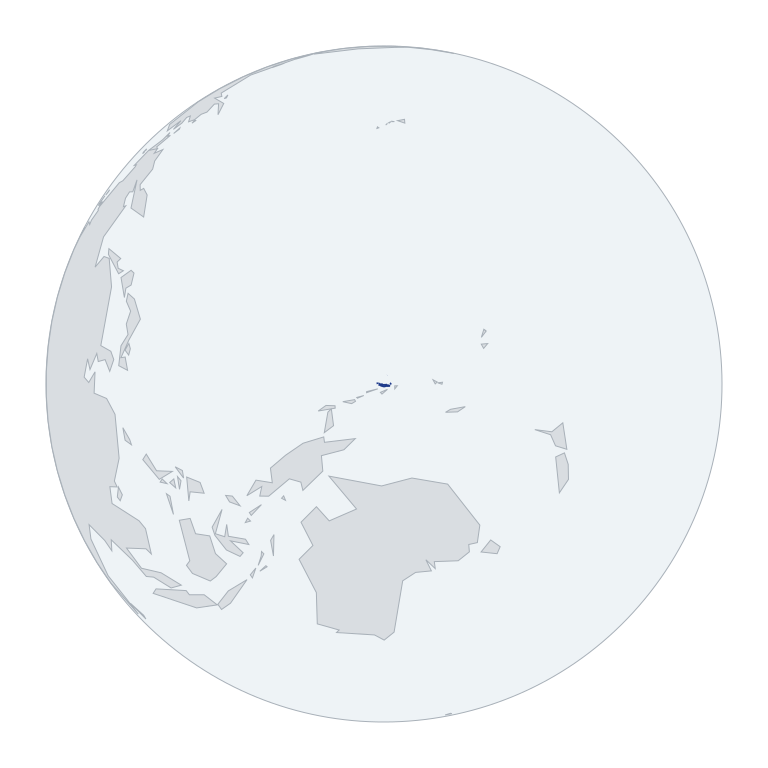 Malaita on an orthographic globe, rotated 308°
{"feature_id": "SLB-1260", "entity_name": "Malaita", "entity_type": "Province", "adm_level": 1, "iso_a3": "SLB", "parent_name": "Solomon Islands", "parent_adm1": "", "projection": "orthographic", "projection_center": [161.217, -8.863], "detail": "medium", "context": "on_globe", "style": "filled", "palette": "blue", "viewbox_px": 768, "rotation_deg": 308, "n_neighbors": 0, "source": "natural_earth", "source_scale": "10m", "svg_char_len": 7466}
<svg xmlns="http://www.w3.org/2000/svg" viewBox="0 0 768 768"><g transform="rotate(308 384 384)"><circle cx="384" cy="384" r="338" fill="#eef3f6" stroke="#a8b0b8"/><path d="M488.6,429.0L488.8,431.6L488.3,431.9L488.6,429.0ZM671.5,206.4L669.6,203.4L672.9,208.7L687.6,235.7L681.3,223.6L679.5,220.1L664.1,195.5L656.2,185.6L632.2,157.3L600.7,125.6L607.4,131.0L599.1,123.7L590.1,117.1L586.2,114.6L545.3,88.7L513.0,76.6L510.8,79.2L505.0,74.5L506.4,85.0L494.0,87.4L503.0,81.1L500.1,78.0L489.3,77.1L484.0,73.9L475.7,72.0L470.3,68.6L476.0,66.4L472.6,64.4L465.1,64.1L455.0,61.3L466.5,61.9L450.1,57.4L456.6,55.3L491.7,63.8L491.3,63.6L515.7,72.8L539.3,83.9L561.9,96.7L583.5,111.3L604.0,127.5L623.1,145.2L640.8,164.3L656.9,184.8L671.5,206.4ZM602.4,239.8L599.9,232.6L605.2,237.2L602.4,239.8ZM595.8,228.3L597.2,230.7L595.5,228.6L595.8,228.3ZM592.9,226.8L595.0,227.9L592.7,227.4L592.9,226.8ZM589.1,225.9L591.1,226.1L590.9,226.3L589.1,225.9ZM582.7,222.2L581.0,221.1L582.6,220.5L582.7,222.2ZM585.4,114.3L590.5,117.4L600.5,125.1L596.9,122.7L585.4,114.3ZM565.4,101.7L566.4,101.6L575.6,108.1L572.2,106.1L565.4,101.7ZM510.5,82.4L515.7,83.0L512.5,83.7L510.5,82.4ZM475.5,72.4L475.7,73.5L471.3,72.1L475.5,72.4ZM459.0,65.9L451.9,64.0L460.1,65.5L459.0,65.9ZM448.4,62.6L431.0,58.9L430.0,60.6L423.1,54.7L440.1,59.2L450.4,60.5L446.1,60.9L448.4,62.6ZM422.0,52.5L418.6,51.7L423.2,52.2L422.0,52.5ZM323.5,51.5L311.6,54.0L330.2,51.6L328.5,53.9L333.0,52.6L344.9,52.0L345.6,51.1L348.7,50.6L379.7,51.5L383.4,53.1L401.9,54.2L404.2,53.9L402.5,52.6L423.1,54.7L430.0,60.6L424.4,60.9L432.6,65.4L418.6,66.0L410.9,69.4L390.9,69.1L386.5,72.7L390.2,74.2L387.1,81.0L367.6,91.8L366.9,76.3L392.8,63.7L380.8,67.7L378.7,65.2L371.3,65.9L363.3,69.5L365.4,70.8L327.3,72.4L298.2,84.4L312.1,84.9L313.8,90.1L292.8,109.5L239.9,137.2L241.6,148.6L236.9,156.0L225.1,160.1L231.5,149.2L225.8,145.0L231.2,138.9L214.4,143.4L221.4,134.9L204.8,143.5L203.4,150.4L215.7,148.8L198.3,161.2L201.8,174.3L194.5,190.7L162.4,221.0L141.5,231.3L138.6,237.1L134.3,231.2L122.4,243.3L125.4,275.2L123.2,285.1L106.8,305.3L107.6,297.9L96.2,282.1L89.5,306.3L98.0,324.6L100.7,348.1L92.2,341.8L90.0,321.4L86.0,315.2L90.3,294.2L93.3,265.0L85.0,272.2L88.8,260.2L91.6,238.2L81.4,248.5L63.1,284.6L55.4,316.3L51.4,332.1L58.9,291.8L66.6,267.9L76.1,244.7L87.3,222.2L100.1,200.7L114.5,180.1L130.4,160.6L147.7,142.4L166.3,125.6L186.1,110.1L207.0,96.2L228.8,83.8L251.5,73.1L275.0,64.1L299.0,56.9L323.5,51.5ZM160.8,635.9L165.5,639.2L166.0,640.4L160.8,635.9ZM160.0,401.4L168.1,402.8L168.0,404.4L160.0,401.4ZM151.3,396.1L160.1,396.3L150.2,399.7L151.3,396.1ZM163.6,396.5L172.7,393.2L176.6,390.6L176.2,393.9L163.6,396.5ZM145.5,396.5L116.8,398.0L106.3,394.8L108.1,388.7L125.1,388.7L145.5,396.5ZM107.3,388.6L92.2,374.2L76.9,331.0L82.2,330.5L99.4,355.3L98.1,360.4L107.2,372.1L107.3,388.6ZM146.6,355.6L145.4,370.7L128.9,370.3L121.8,368.4L116.8,349.7L119.5,340.0L125.1,339.8L150.6,306.6L158.7,314.0L150.0,327.7L157.0,340.2L146.6,355.6ZM55.1,319.1L53.8,337.0L52.2,341.1L55.1,319.1ZM163.8,284.5L151.6,298.4L163.6,280.1L163.8,284.5ZM172.6,267.7L171.9,274.4L168.9,268.0L172.6,267.7ZM135.6,246.0L129.6,248.0L130.8,243.4L139.3,238.2L135.6,246.0ZM188.8,205.1L183.6,217.9L180.6,222.4L180.3,214.6L188.8,205.1ZM432.2,564.2L440.8,568.6L434.1,578.6L422.4,588.1L406.2,589.2L432.2,564.2ZM319.9,577.6L311.4,563.9L326.8,564.1L327.3,575.7L319.9,577.6ZM440.9,557.2L446.6,546.5L440.9,530.9L449.7,545.7L463.5,548.8L445.1,568.3L440.9,557.2ZM240.4,519.9L194.7,544.7L182.3,541.8L180.4,531.0L158.9,499.6L162.5,500.1L153.9,479.1L178.0,459.1L193.6,425.0L213.0,427.4L224.0,403.7L245.7,406.3L242.4,425.1L268.6,439.3L277.5,397.3L302.2,444.9L327.1,463.9L344.3,495.8L331.8,546.4L316.5,555.2L309.7,549.6L304.3,554.6L290.4,551.3L275.0,533.0L270.1,538.0L271.3,525.2L265.9,536.4L255.0,524.9L240.4,519.9ZM399.6,449.9L405.0,452.0L416.2,462.0L407.3,459.1L399.6,449.9ZM475.3,436.1L479.7,440.8L473.4,440.6L475.3,436.1ZM488.3,431.9L480.7,432.0L488.6,429.0L488.3,431.9ZM418.0,425.6L421.4,429.0L419.5,429.8L418.0,425.6ZM415.6,424.3L417.5,420.0L418.3,424.7L415.6,424.3ZM386.8,395.5L389.2,393.6L390.8,395.6L386.8,395.5ZM180.4,402.8L191.0,390.9L197.6,390.0L180.4,402.8ZM381.9,390.0L374.8,388.6L375.2,386.3L381.9,390.0ZM381.5,384.3L380.3,380.8L385.8,389.4L381.5,384.3ZM367.3,375.0L376.4,382.1L366.4,375.6L367.3,375.0ZM362.5,375.2L356.4,371.8L356.6,370.8L362.5,375.2ZM301.4,373.0L323.3,395.0L307.5,392.9L289.0,378.8L277.7,389.4L250.2,385.6L255.5,378.9L251.0,367.8L224.6,362.2L219.2,355.1L228.0,350.8L211.5,344.7L229.4,342.3L237.4,356.8L247.8,346.3L267.3,350.3L287.5,356.7L305.2,369.1L301.4,373.0ZM230.9,373.6L234.1,373.8L231.7,378.0L230.9,373.6ZM344.7,362.4L353.6,370.5L352.8,372.2L348.6,370.6L344.7,362.4ZM308.9,366.9L327.3,357.1L332.0,357.8L320.1,369.9L308.9,366.9ZM322.2,348.8L331.4,351.5L336.7,358.8L334.9,360.4L322.2,348.8ZM194.3,359.2L193.8,363.2L189.4,360.0L194.3,359.2ZM199.8,357.0L213.5,361.7L198.7,360.3L199.8,357.0ZM162.2,343.3L165.6,352.5L176.5,346.5L168.2,355.1L176.4,370.4L174.3,376.3L165.9,359.6L164.3,376.9L159.5,376.7L156.2,362.0L160.6,344.0L165.4,336.7L185.5,333.6L162.2,343.3ZM199.4,345.6L196.0,334.9L198.7,327.8L202.3,333.5L199.4,345.6ZM187.2,309.5L179.7,297.6L171.7,302.2L189.2,285.8L193.2,299.7L187.2,309.5ZM182.8,283.6L175.1,287.7L183.9,278.3L182.8,283.6ZM173.9,283.8L174.4,275.8L179.8,276.8L173.9,283.8ZM186.5,284.0L190.2,270.4L191.7,278.4L186.5,284.0ZM175.6,258.2L184.8,271.0L170.5,265.6L175.9,240.5L182.4,239.8L175.6,258.2ZM249.6,165.0L251.3,159.0L258.9,158.0L255.6,162.4L249.6,165.0ZM285.1,152.1L261.5,155.9L242.8,160.5L245.9,163.4L236.9,173.5L235.1,163.7L252.2,153.2L265.4,151.8L272.6,144.0L285.4,139.5L290.6,130.0L297.9,126.5L297.3,135.0L285.1,152.1ZM292.3,126.2L306.0,111.2L317.9,114.7L317.5,118.7L306.3,123.8L300.6,121.6L292.3,126.2ZM312.8,108.9L307.5,107.0L316.5,87.0L321.3,83.9L320.8,99.3L315.8,98.6L311.5,103.3L312.8,108.9ZM416.9,52.0L418.5,51.7L419.7,52.4L416.9,52.0ZM348.8,50.2L353.2,49.6L354.5,50.0L348.8,50.2ZM366.0,48.5L361.5,48.4L368.2,48.2L366.0,48.5ZM351.0,48.5L360.6,48.2L348.7,49.0L351.0,48.5Z" fill="#d9dde1" stroke="#a8b0b8" stroke-width="1"/><path d="M384.9,388.5L384.5,388.2L384.4,388.0L384.2,387.7L384.1,387.4L383.8,387.1L383.4,386.9L383.2,386.7L382.8,386.4L382.6,386.3L382.6,386.1L382.4,386.0L382.1,385.8L382.0,385.7L381.5,384.9L381.4,384.5L381.4,384.4L381.3,384.0L380.9,383.3L380.9,382.9L380.7,382.5L381.0,382.3L381.1,382.2L381.0,381.9L380.7,381.5L380.4,381.2L380.3,380.9L380.6,380.9L380.8,380.9L381.0,381.1L381.1,380.9L381.0,380.7L381.3,380.7L381.3,380.8L381.6,381.1L381.7,381.4L381.8,381.5L382.0,381.8L382.6,382.3L382.7,382.5L382.8,382.7L382.8,382.8L382.4,383.0L382.5,383.2L382.4,383.4L382.4,383.7L382.6,383.9L382.8,383.8L383.1,384.0L383.3,384.3L383.6,384.5L383.8,384.9L383.8,385.0L383.9,385.3L384.1,385.4L384.1,385.5L383.9,385.6L384.1,385.7L384.3,385.8L384.2,385.9L384.4,385.9L384.2,386.0L384.3,386.2L384.3,386.4L384.4,386.5L384.2,386.5L384.2,386.4L384.1,386.5L384.5,386.9L384.6,387.4L384.8,387.5L385.0,387.8L385.0,388.4L385.0,388.5L384.9,388.5ZM385.0,387.2L384.9,387.3L384.9,387.0L384.8,386.8L385.0,387.0L385.6,387.9L385.7,388.1L385.9,388.4L386.0,388.6L386.0,388.8L386.1,389.2L386.0,389.5L385.9,389.5L385.9,389.4L385.7,389.1L385.6,388.9L385.3,389.1L385.1,388.8L385.0,388.6L385.0,387.8L385.0,387.7L385.0,387.2ZM388.4,389.8L388.3,389.6L388.1,389.1L388.2,388.9L388.4,388.9L388.3,389.1L388.4,389.6L388.4,389.8ZM380.6,378.3L380.7,378.5L380.4,378.3L380.5,378.2L380.6,378.3ZM392.9,381.2L393.0,381.2L392.9,381.2Z" fill="#3b82f6" stroke="#1e3a8a" stroke-width="1.5"/></g></svg>